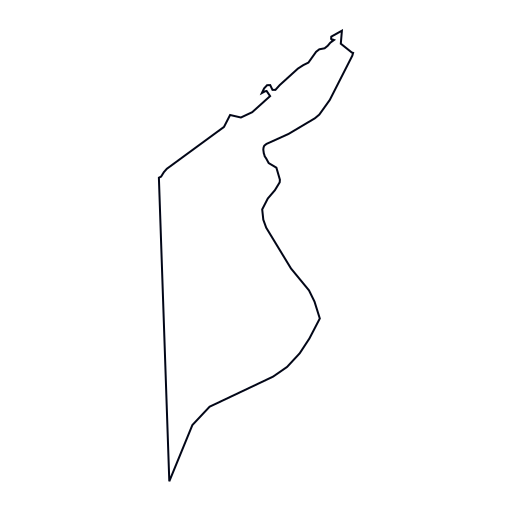 the border of Al Iskandariyah
{"feature_id": "EGY-1543", "entity_name": "Al Iskandariyah", "entity_type": "Governorate", "adm_level": 1, "iso_a3": "EGY", "parent_name": "Egypt", "parent_adm1": "", "projection": "mercator", "projection_center": [29.899, 30.835], "detail": "fine", "context": "isolated", "style": "outline", "palette": "ink", "viewbox_px": 512, "rotation_deg": 0, "n_neighbors": 0, "source": "natural_earth", "source_scale": "10m", "svg_char_len": 950}
<svg xmlns="http://www.w3.org/2000/svg" viewBox="0 0 512 512"><path d="M158.9,177.7L161.1,176.6L163.9,172.1L166.8,168.8L224.0,126.9L230.1,115.0L240.9,117.5L252.2,112.2L270.1,96.1L266.6,91.0L265.1,91.3L261.9,93.0L264.1,88.4L267.1,85.2L270.2,85.1L272.5,89.9L275.4,89.9L279.8,85.0L297.9,68.6L303.3,65.1L308.4,62.6L316.1,51.8L319.3,49.3L324.6,48.3L327.7,45.8L330.3,42.7L334.0,40.0L332.7,39.5L331.7,39.5L331.1,38.9L331.3,36.6L341.9,30.7L340.8,43.7L351.8,52.5L353.1,52.9L352.3,55.7L329.8,99.9L319.3,114.6L315.0,118.2L288.6,133.9L266.5,143.9L264.5,145.5L264.0,146.2L263.5,147.8L263.3,149.6L263.8,153.3L264.3,154.7L264.7,156.3L266.2,158.5L268.7,163.1L276.4,167.7L279.9,179.7L279.7,182.3L274.9,190.2L267.8,198.5L262.2,209.4L263.3,219.7L266.2,227.7L291.0,268.5L309.0,290.4L314.5,301.6L319.8,318.5L309.4,338.5L299.7,353.3L287.1,366.9L273.1,376.6L209.6,406.7L192.4,425.0L169.3,481.3L158.9,178.1L158.9,177.7Z" fill="none" stroke="#020617" stroke-width="2"/></svg>